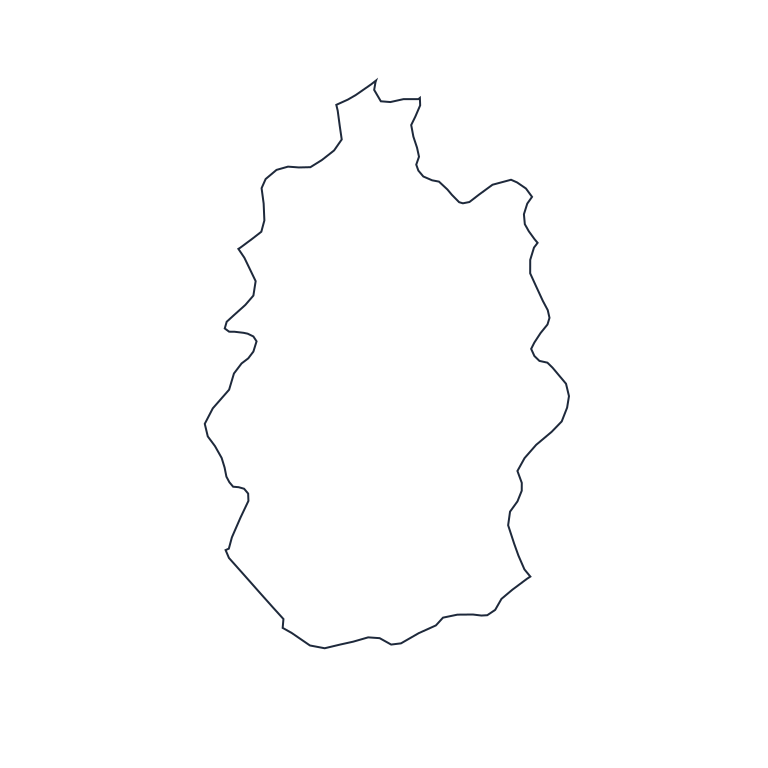 outline of Čaška, rotated 230°
{"feature_id": "MKD-2922", "entity_name": "Čaška", "entity_type": "Statistical Region", "adm_level": 1, "iso_a3": "MKD", "parent_name": "North Macedonia", "parent_adm1": "", "projection": "orthographic", "projection_center": [21.614, 41.585], "detail": "fine", "context": "isolated", "style": "outline", "palette": "slate", "viewbox_px": 768, "rotation_deg": 230, "n_neighbors": 0, "source": "natural_earth", "source_scale": "10m", "svg_char_len": 1990}
<svg xmlns="http://www.w3.org/2000/svg" viewBox="0 0 768 768"><g transform="rotate(230 384 384)"><path d="M142.4,372.3L142.9,368.0L143.9,350.2L143.9,335.9L139.5,324.0L140.5,314.5L144.0,309.8L150.3,303.9L160.1,292.0L167.1,279.0L165.7,268.6L170.8,250.5L174.4,230.3L179.8,222.0L192.1,217.3L200.1,209.0L206.4,194.8L212.6,182.9L219.7,168.7L231.3,159.2L252.5,153.3L262.3,149.6L268.6,155.9L284.0,155.3L303.7,154.7L326.8,154.1L350.4,153.4L358.6,155.9L357.6,159.3L364.3,168.9L373.9,188.2L381.6,205.0L387.4,209.5L393.7,209.5L398.4,206.3L402.3,202.4L408.1,202.4L414.3,203.7L422.5,208.2L431.7,212.1L445.1,214.6L457.1,215.3L468.7,221.1L475.4,237.2L479.2,261.7L488.5,275.8L491.3,288.1L490.9,296.5L492.8,304.8L498.6,313.8L504.4,314.5L510.2,311.9L513.5,309.3L520.3,302.9L523.6,299.0L528.9,297.7L532.8,303.5L533.2,313.2L533.7,328.6L535.7,340.8L545.3,351.8L570.5,358.2L581.1,359.3L580.8,361.5L579.9,376.9L579.5,387.9L586.2,397.5L599.6,407.8L612.7,416.1L617.1,425.1L617.1,439.3L612.2,450.2L604.6,458.0L597.4,467.0L595.5,480.5L595.0,495.9L598.5,508.8L610.0,515.9L623.1,524.2L628.5,526.9L625.1,539.1L623.5,548.2L621.8,567.0L621.6,573.0L620.7,571.5L615.6,565.5L602.6,563.3L595.9,570.1L589.6,582.2L580.1,593.5L580.1,595.4L574.2,590.8L568.7,579.9L564.9,571.3L554.6,565.5L543.8,561.2L535.6,556.9L531.3,549.7L525.4,547.5L517.7,547.5L509.1,551.8L503.7,556.2L492.3,557.6L485.3,557.6L475.0,558.4L471.7,560.6L468.5,566.4L468.0,578.6L466.9,595.2L458.8,612.6L452.9,615.5L442.5,618.4L432.2,617.7L430.1,609.7L424.1,600.3L415.9,594.6L407.9,593.1L398.1,592.4L393.4,592.4L392.1,586.6L385.1,575.8L374.8,567.1L361.8,563.5L345.6,559.1L335.3,556.9L328.3,553.3L324.5,547.5L322.4,536.7L319.1,525.8L316.3,519.3L308.8,517.2L301.8,517.9L295.3,522.9L288.2,523.6L278.0,523.6L267.2,523.6L255.8,517.9L248.2,509.1L241.1,496.1L239.6,481.7L239.6,461.5L236.9,444.1L231.6,430.3L219.7,426.0L213.7,420.9L208.3,410.8L205.2,398.5L196.0,388.3L178.1,381.1L166.2,376.7L151.7,372.4L142.4,372.3Z" fill="none" stroke="#1e293b" stroke-width="2"/></g></svg>